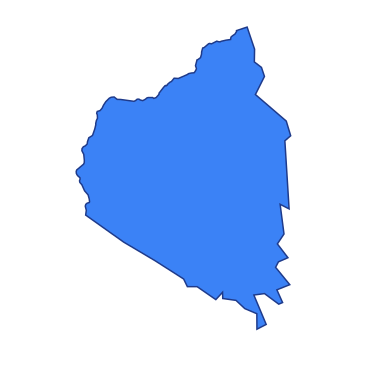 outline of Cocke, Tennessee, United States of America, rotated 167°
{"feature_id": "52423323B93149818401656", "entity_name": "Cocke", "entity_type": "district", "adm_level": 2, "iso_a3": "USA", "parent_name": "United States of America", "parent_adm1": "Tennessee", "projection": "robinson", "projection_center": [-83.077, 35.947], "detail": "fine", "context": "isolated", "style": "filled", "palette": "blue", "viewbox_px": 384, "rotation_deg": 167, "n_neighbors": 0, "source": "geoboundaries", "source_scale": "gbopen_adm2", "svg_char_len": 1877}
<svg xmlns="http://www.w3.org/2000/svg" viewBox="0 0 384 384"><g transform="rotate(167 192 192)"><path d="M300.8,193.4L269.8,158.5L243.4,133.3L219.7,109.1L217.8,100.8L208.3,98.6L193.0,81.8L184.8,87.4L186.0,81.3L173.5,76.5L166.8,66.5L156.2,58.8L159.6,43.7L149.5,46.3L154.9,77.7L144.2,76.7L132.7,63.2L128.6,63.9L131.3,77.6L117.6,79.7L127.5,99.8L123.5,104.5L113.3,106.4L120.5,122.2L111.8,130.4L108.9,160.2L101.2,153.7L90.0,221.0L83.2,224.6L84.2,239.9L108.3,272.7L95.4,288.3L96.3,297.8L102.0,304.7L98.9,317.1L101.2,340.3L112.3,339.3L112.3,338.6L114.5,336.3L118.6,334.6L119.3,333.9L120.1,331.9L124.7,332.3L129.6,332.3L131.0,332.0L132.6,332.6L133.9,333.4L139.6,332.0L141.5,332.8L142.5,332.7L147.7,330.0L149.2,329.9L151.1,326.4L151.7,324.2L153.5,321.0L156.5,319.7L157.4,319.6L160.2,314.2L159.9,311.6L160.1,310.8L161.9,308.7L163.2,307.7L165.9,308.1L169.0,308.1L169.6,307.6L179.8,305.7L183.8,306.9L187.2,304.3L188.9,303.9L191.9,302.3L192.0,301.8L193.2,301.3L194.3,301.5L194.3,301.4L194.3,301.5L195.9,300.6L201.8,295.8L202.3,294.5L205.7,292.1L208.2,291.8L209.1,292.9L213.5,293.9L214.8,293.8L216.5,292.9L219.4,292.1L221.6,293.2L222.8,294.4L224.0,294.7L224.7,294.7L226.4,293.8L228.1,293.4L240.7,298.2L244.1,299.1L246.5,302.1L249.5,302.5L251.5,302.0L255.7,299.4L258.7,296.5L260.8,293.8L263.3,292.0L266.2,291.8L266.9,290.7L267.2,290.0L266.9,288.5L267.5,285.1L269.0,283.3L270.4,280.4L270.6,279.2L272.6,275.2L276.0,269.8L276.9,269.2L280.3,268.1L282.5,264.6L283.3,262.4L285.5,261.0L287.7,260.5L289.4,259.0L290.0,257.0L289.0,253.0L289.8,247.0L290.4,244.8L291.4,243.5L299.4,239.4L300.2,238.1L300.5,236.2L300.2,234.7L299.5,233.2L298.0,231.2L298.1,229.8L299.1,228.2L299.1,226.5L297.7,223.9L296.4,217.3L293.9,212.6L293.7,208.3L294.0,205.6L294.4,204.9L296.7,204.7L298.2,203.9L298.8,203.0L299.2,202.0L299.1,198.0L300.8,193.4L300.8,193.4Z" fill="#3b82f6" stroke="#1e3a8a" stroke-width="1.5"/></g></svg>